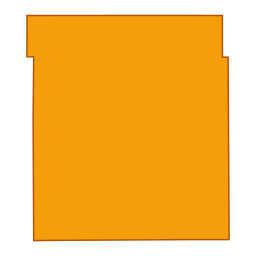 Meade, Kansas, United States of America
{"feature_id": "52423323B44892759262948", "entity_name": "Meade", "entity_type": "district", "adm_level": 2, "iso_a3": "USA", "parent_name": "United States of America", "parent_adm1": "Kansas", "projection": "equal_earth", "projection_center": [-100.394, 37.238], "detail": "fine", "context": "isolated", "style": "filled", "palette": "amber", "viewbox_px": 256, "rotation_deg": 0, "n_neighbors": 0, "source": "geoboundaries", "source_scale": "gbopen_adm2", "svg_char_len": 365}
<svg xmlns="http://www.w3.org/2000/svg" viewBox="0 0 256 256"><path d="M26.9,56.8L33.7,56.8L33.1,118.7L33.7,240.6L34.9,240.6L48.7,240.4L48.8,240.4L62.6,240.3L63.0,240.3L188.8,239.6L191.6,239.6L192.1,239.6L193.9,239.6L219.7,239.6L229.1,239.6L228.1,57.2L222.4,57.1L222.4,15.5L183.4,15.4L27.0,15.5L26.9,56.8Z" fill="#f59e0b" stroke="#b45309" stroke-width="1.5"/></svg>